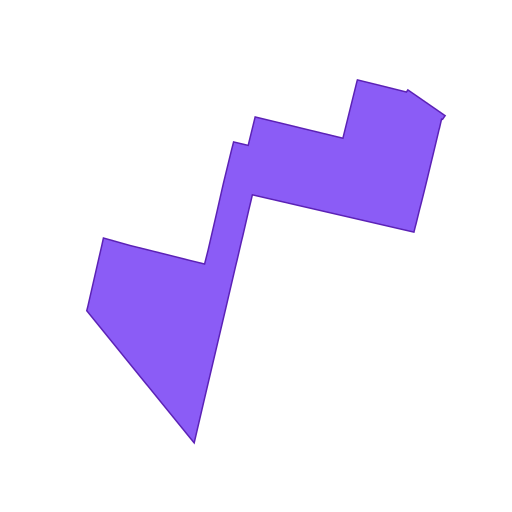 Almirante Brown, Chaco, Argentina, rotated 283°
{"feature_id": "61730980B31934399065102", "entity_name": "Almirante Brown", "entity_type": "district", "adm_level": 2, "iso_a3": "ARG", "parent_name": "Argentina", "parent_adm1": "Chaco", "projection": "mercator", "projection_center": [-61.764, -25.756], "detail": "fine", "context": "isolated", "style": "filled", "palette": "violet", "viewbox_px": 512, "rotation_deg": 283, "n_neighbors": 0, "source": "geoboundaries", "source_scale": "gbopen_adm2", "svg_char_len": 1403}
<svg xmlns="http://www.w3.org/2000/svg" viewBox="0 0 512 512"><g transform="rotate(283 256 256)"><path d="M314.8,404.5L321.0,404.6L323.1,404.7L338.3,404.9L345.7,405.1L356.1,405.3L363.5,405.4L371.1,405.5L371.5,405.5L373.1,405.5L385.4,405.6L393.2,405.7L417.4,405.9L420.4,405.9L421.7,406.0L422.1,406.0L431.1,406.0L431.1,407.0L435.3,408.7L435.5,408.1L452.0,366.6L449.6,365.7L449.7,360.4L450.4,315.2L449.0,315.1L391.1,314.2L390.3,314.2L391.1,242.2L391.3,223.9L362.0,223.5L362.0,223.4L362.1,208.5L361.5,208.5L353.2,208.3L320.3,207.9L318.4,207.9L314.9,207.9L314.7,207.9L314.3,207.9L289.2,208.0L286.9,208.0L282.9,208.0L250.9,208.0L236.6,207.7L236.8,192.4L237.3,168.2L237.9,130.9L239.2,103.3L231.3,103.4L215.2,103.4L169.4,103.5L165.0,103.4L164.6,103.4L111.9,171.0L106.0,178.6L105.9,178.8L91.4,197.4L77.1,215.8L66.5,229.4L60.0,237.8L107.4,237.9L197.0,238.3L236.0,238.4L241.3,238.4L248.4,238.5L255.7,238.5L261.9,238.5L263.8,238.5L265.0,238.5L266.4,238.5L272.1,238.6L276.3,238.6L284.6,238.6L288.8,238.6L298.8,238.6L310.0,238.7L313.9,238.7L314.8,238.7L314.8,251.5L314.8,269.9L314.8,285.7L314.8,288.5L314.8,290.0L314.8,291.6L314.8,292.3L314.8,298.5L314.8,315.4L314.8,320.0L314.8,321.6L314.8,326.8L314.8,332.1L314.8,333.2L314.8,334.7L314.8,334.8L314.8,335.3L314.8,335.7L314.8,355.0L314.8,361.7L314.8,364.4L314.8,376.8L314.8,386.3L314.8,393.0L314.8,404.5Z" fill="#8b5cf6" stroke="#5b21b6" stroke-width="1.5"/></g></svg>